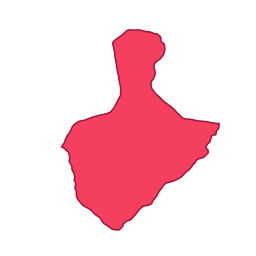 Camotán, Chiquimula, Guatemala, rotated 317°
{"feature_id": "79465075B72038924069090", "entity_name": "Camotán", "entity_type": "district", "adm_level": 2, "iso_a3": "GTM", "parent_name": "Guatemala", "parent_adm1": "Chiquimula", "projection": "orthographic", "projection_center": [-89.276, 14.868], "detail": "fine", "context": "isolated", "style": "filled", "palette": "rose", "viewbox_px": 256, "rotation_deg": 317, "n_neighbors": 0, "source": "geoboundaries", "source_scale": "gbopen_adm2", "svg_char_len": 2183}
<svg xmlns="http://www.w3.org/2000/svg" viewBox="0 0 256 256"><g transform="rotate(317 128 128)"><path d="M213.7,79.5L211.6,76.8L209.6,72.7L206.8,69.6L206.5,68.8L205.4,67.6L203.3,64.0L200.3,61.6L195.5,56.8L193.7,56.0L188.0,56.0L178.3,54.9L175.6,55.0L174.3,55.9L172.9,58.3L172.6,59.2L171.1,61.1L170.8,62.3L167.1,66.9L165.4,69.9L163.8,71.8L163.3,73.3L161.5,75.3L159.5,78.7L158.2,80.1L156.9,83.0L155.8,84.8L155.3,84.9L150.1,93.5L148.4,95.7L144.6,99.1L133.1,103.2L130.1,104.0L125.8,104.4L121.4,102.6L116.2,99.4L108.2,95.3L101.4,92.6L96.6,89.6L91.4,88.7L88.3,89.0L85.3,90.4L83.1,91.0L82.6,91.5L78.5,92.1L73.8,94.0L72.4,95.0L66.4,96.6L67.4,98.4L67.9,105.0L65.7,109.6L62.7,111.8L61.7,113.7L61.0,117.5L58.6,120.3L57.8,123.6L56.3,126.6L55.5,127.8L53.3,129.1L52.0,132.6L51.4,133.4L48.3,135.6L47.7,137.6L46.7,139.7L44.7,141.4L43.6,143.3L43.6,144.0L43.0,144.3L43.0,145.8L42.5,146.6L42.2,152.8L42.3,154.5L42.7,154.9L42.7,155.9L43.4,157.0L43.5,158.5L44.0,159.0L44.8,162.1L45.0,163.9L44.8,166.8L45.1,169.4L45.3,170.4L46.4,174.7L45.6,177.5L45.2,181.4L46.9,187.9L47.2,190.8L47.7,191.8L51.6,196.3L53.8,196.6L57.3,196.2L59.5,194.8L60.7,195.0L64.0,195.3L66.4,196.6L68.6,196.9L76.5,196.1L81.1,195.2L84.2,195.5L86.8,195.9L89.4,198.1L93.6,199.5L96.0,198.3L102.7,197.3L107.8,195.5L113.0,194.7L114.1,194.1L115.7,194.1L118.8,194.3L119.6,195.0L126.1,198.2L131.6,199.8L134.2,200.2L142.1,199.7L142.8,200.2L146.1,200.0L148.7,199.7L149.3,199.3L150.5,199.0L151.3,199.3L153.2,199.1L156.4,198.2L160.0,199.2L163.1,201.1L169.6,200.9L171.4,199.0L171.5,195.9L172.2,194.9L175.3,193.9L177.7,194.1L179.5,193.5L181.9,192.0L182.6,191.3L183.6,190.8L184.2,190.8L185.1,191.0L187.3,192.7L188.6,192.3L190.1,190.7L191.0,190.4L194.3,190.1L197.6,186.9L193.9,182.6L189.5,176.6L186.1,172.7L184.6,171.2L180.6,165.6L178.6,163.0L176.6,161.2L174.7,157.7L174.1,143.2L172.2,132.2L172.2,126.3L171.5,122.6L172.3,115.4L172.8,114.4L174.3,112.0L176.8,109.8L179.9,109.5L183.9,107.7L186.1,105.6L186.2,104.9L187.3,103.6L187.8,101.9L190.7,99.3L191.8,98.9L196.3,99.0L199.0,99.5L204.0,98.5L206.7,97.1L209.4,94.8L211.1,92.4L211.8,90.8L211.2,87.9L211.6,86.6L213.2,85.1L213.8,83.6L213.7,79.5Z" fill="#f43f5e" stroke="#9f1239" stroke-width="1.5"/></g></svg>